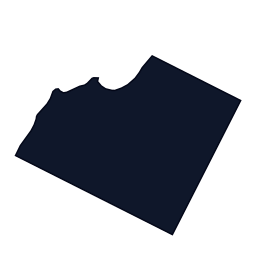 Iosco, Michigan, United States of America (orthographic projection), rotated 207°
{"feature_id": "52423323B62328653223732", "entity_name": "Iosco", "entity_type": "district", "adm_level": 2, "iso_a3": "USA", "parent_name": "United States of America", "parent_adm1": "Michigan", "projection": "orthographic", "projection_center": [-83.454, 44.337], "detail": "fine", "context": "isolated", "style": "filled", "palette": "ink", "viewbox_px": 256, "rotation_deg": 207, "n_neighbors": 0, "source": "geoboundaries", "source_scale": "gbopen_adm2", "svg_char_len": 580}
<svg xmlns="http://www.w3.org/2000/svg" viewBox="0 0 256 256"><g transform="rotate(207 128 128)"><path d="M40.1,203.6L139.2,203.2L142.7,188.3L143.0,182.8L144.2,175.6L147.8,166.5L151.8,160.7L156.7,155.5L159.4,154.2L165.8,152.7L170.9,153.3L176.3,155.6L177.2,159.1L181.3,157.2L182.5,156.0L184.5,149.4L186.1,146.5L189.9,143.3L198.7,132.1L201.5,130.0L205.3,130.1L207.9,131.2L210.0,129.8L211.4,126.5L210.5,119.0L211.0,112.7L214.7,98.8L214.7,96.8L213.8,94.2L213.0,88.1L213.1,81.5L215.9,63.5L215.7,52.4L40.1,53.2L40.1,203.6Z" fill="#0f172a" stroke="#020617" stroke-width="1.5"/></g></svg>